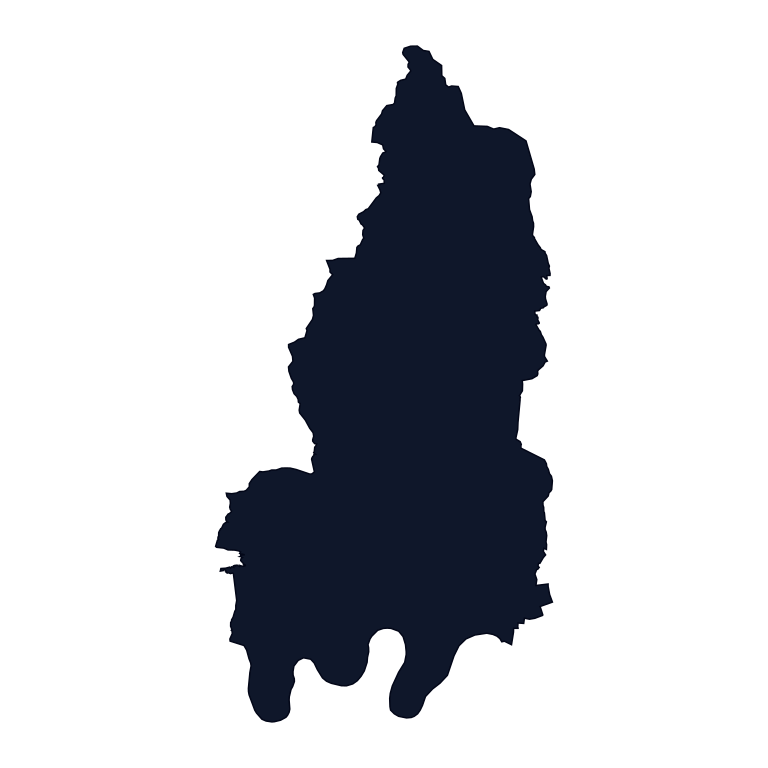 Gurasada, Hunedoara, Romania (orthographic projection)
{"feature_id": "2599482B26804986982160", "entity_name": "Gurasada", "entity_type": "district", "adm_level": 2, "iso_a3": "ROU", "parent_name": "Romania", "parent_adm1": "Hunedoara", "projection": "orthographic", "projection_center": [22.572, 45.999], "detail": "fine", "context": "isolated", "style": "filled", "palette": "ink", "viewbox_px": 768, "rotation_deg": 0, "n_neighbors": 0, "source": "geoboundaries", "source_scale": "gbopen_adm2", "svg_char_len": 6102}
<svg xmlns="http://www.w3.org/2000/svg" viewBox="0 0 768 768"><path d="M518.0,422.3L520.1,399.8L519.9,398.6L520.4,397.8L520.0,396.2L519.4,395.7L522.4,390.8L522.6,384.0L522.2,380.6L532.0,378.7L537.2,375.6L537.8,373.9L537.6,371.1L538.3,370.0L543.1,365.8L545.1,362.0L547.3,361.1L544.6,356.7L544.4,355.0L546.1,345.3L546.0,344.0L542.9,337.1L541.4,334.8L540.3,331.4L539.0,330.0L535.9,324.6L536.3,323.9L538.4,323.8L539.2,323.3L539.2,322.6L537.7,319.9L538.0,317.8L537.7,317.0L537.0,316.9L537.0,315.1L535.4,314.8L535.0,313.9L534.7,311.1L539.5,310.5L540.7,308.3L543.4,307.7L543.9,306.9L546.8,305.3L547.1,304.1L545.5,298.8L545.3,296.3L546.1,291.6L549.4,288.0L548.9,286.8L546.4,286.4L545.5,284.9L543.5,283.4L541.2,277.2L543.3,276.5L546.2,279.1L547.1,278.8L546.8,275.5L550.0,275.4L550.1,273.5L548.9,268.2L549.4,266.1L548.2,263.2L546.6,255.6L545.1,253.1L545.0,251.8L541.0,249.4L540.3,247.7L538.0,244.7L534.5,238.6L534.4,237.5L532.6,235.5L532.5,234.1L533.6,226.7L533.5,223.2L532.6,220.6L532.1,216.7L529.5,209.6L528.6,198.6L530.3,196.6L531.2,191.7L530.0,184.0L531.3,179.2L534.8,174.5L534.2,169.1L526.0,140.9L508.6,129.5L499.5,127.7L493.7,129.1L487.3,126.4L474.0,125.9L464.7,109.8L461.3,93.3L458.2,86.5L451.6,86.0L448.6,87.1L445.7,84.8L444.8,78.4L441.8,75.7L441.6,65.5L432.8,59.4L429.0,51.4L423.3,50.5L417.4,46.1L410.6,46.2L404.2,48.3L402.7,52.5L403.1,54.4L409.3,62.1L408.1,64.3L408.0,67.0L410.6,70.2L410.6,71.2L407.2,75.3L405.7,79.1L400.7,80.3L397.8,82.1L397.4,82.9L398.0,83.7L396.3,88.4L396.2,95.7L395.2,98.0L394.5,103.1L393.1,104.5L386.8,105.6L382.5,110.7L381.6,114.0L376.6,120.6L375.9,122.3L376.0,125.1L374.7,126.8L373.3,127.5L371.8,142.0L377.3,142.5L382.7,144.9L383.5,148.8L385.9,151.4L385.6,152.0L382.8,153.0L380.5,156.7L379.8,158.5L379.0,164.8L377.5,166.7L378.4,167.9L378.8,170.5L384.3,175.2L383.3,177.5L382.6,177.7L382.6,178.5L384.1,179.8L384.3,183.3L379.0,184.1L379.5,184.8L377.7,185.3L379.9,189.7L380.8,192.8L379.1,195.6L376.3,197.9L368.2,208.8L365.8,209.6L363.6,211.7L358.8,214.2L357.3,216.7L357.8,219.3L359.2,220.1L361.1,224.0L362.5,224.9L364.6,228.0L363.0,230.4L362.7,234.7L363.8,238.3L362.7,239.4L360.3,244.8L358.0,246.0L356.9,247.4L356.4,253.0L354.8,258.3L338.1,258.5L332.7,260.4L326.6,260.5L330.0,269.2L330.0,272.0L332.7,274.7L327.9,280.5L326.6,284.8L324.9,288.7L323.4,290.8L319.8,292.9L315.0,293.5L313.3,294.4L314.6,298.0L314.5,305.4L314.1,306.8L312.8,308.6L313.5,315.4L312.4,319.5L306.3,328.5L307.0,330.6L304.9,337.8L298.5,339.3L294.4,342.2L288.6,344.5L288.6,347.3L292.5,356.3L292.9,361.3L288.5,366.9L288.9,371.2L291.3,378.2L293.5,382.0L293.7,384.2L292.2,386.5L292.5,389.6L294.1,393.7L296.8,396.5L298.2,399.5L298.4,402.1L300.2,403.6L299.2,410.1L299.7,413.0L305.3,420.1L309.7,428.2L313.1,432.7L313.7,436.3L312.7,439.6L312.7,441.1L314.6,443.6L316.7,443.9L315.7,446.1L314.7,447.2L314.3,451.5L313.7,452.6L315.5,454.2L313.9,454.4L313.9,455.5L312.6,456.6L312.6,457.4L311.9,457.9L311.6,459.2L314.4,471.9L311.9,473.9L309.9,474.1L296.2,469.5L290.2,468.1L286.5,468.0L281.7,468.1L276.2,470.0L271.7,470.0L269.0,471.0L262.9,471.9L259.7,471.5L252.0,479.5L249.3,483.6L249.3,486.8L246.3,490.3L244.0,491.3L239.7,491.5L236.7,493.0L231.7,493.7L226.3,493.2L227.0,496.5L230.1,500.0L230.4,503.3L229.7,507.1L230.3,509.4L231.5,511.0L231.4,511.7L229.4,513.6L228.2,514.0L225.8,517.2L225.9,519.9L226.5,521.2L227.8,522.1L225.4,522.7L223.4,524.3L221.6,528.2L220.8,528.6L219.2,531.4L218.7,532.7L218.6,536.8L218.1,536.9L217.9,538.1L218.0,539.1L218.6,539.7L217.4,540.3L215.6,546.4L216.6,547.3L223.8,548.1L228.0,549.9L234.7,550.1L238.7,550.9L240.6,551.9L239.7,553.4L244.8,554.8L240.7,555.0L240.9,556.1L240.0,556.5L240.8,556.6L241.6,557.2L241.5,557.8L242.1,557.8L240.9,558.9L240.7,560.6L243.9,564.1L245.6,565.2L243.5,564.3L243.4,564.7L245.2,565.5L244.8,566.1L242.9,566.4L240.3,565.6L240.7,566.1L239.5,566.6L237.3,565.2L236.0,565.2L235.7,566.0L234.8,565.4L233.4,565.9L233.2,566.4L233.7,567.3L231.7,566.8L230.6,568.1L229.8,567.1L225.6,568.2L220.9,568.5L220.3,571.1L223.6,570.5L223.8,569.9L224.8,569.6L226.5,571.6L225.8,571.9L227.2,573.1L228.1,572.7L230.6,573.6L232.5,573.0L233.4,573.6L236.7,600.5L235.8,605.5L235.8,609.5L234.8,611.3L233.1,617.2L231.6,619.8L231.5,621.4L230.7,622.3L230.6,626.2L231.9,629.5L231.3,630.3L232.0,630.9L232.3,633.5L229.9,639.0L230.1,641.1L244.0,645.5L246.7,650.2L249.0,658.7L250.7,663.0L251.1,665.9L249.9,672.5L248.4,688.4L248.5,691.6L249.1,694.9L254.8,710.2L256.5,713.0L261.9,719.2L266.0,721.0L271.9,721.9L274.4,721.7L280.6,720.2L285.9,717.3L287.5,715.4L289.1,712.3L289.8,709.1L289.1,700.0L289.3,696.7L291.0,689.5L292.7,686.4L294.4,681.5L294.3,678.7L293.1,675.1L293.0,671.6L293.9,666.1L298.2,660.4L303.5,657.8L310.7,659.2L314.2,663.0L317.3,669.5L322.5,677.9L326.5,681.2L331.3,683.3L341.4,685.7L346.5,685.8L352.8,683.9L357.3,680.7L361.1,676.2L364.3,670.9L367.1,662.3L367.5,657.3L368.7,651.9L368.6,647.7L368.0,644.6L370.0,639.0L371.8,636.2L377.7,630.3L383.3,628.4L387.3,628.1L391.1,628.4L398.7,631.2L403.1,636.6L405.5,644.6L406.2,651.7L406.2,654.6L404.7,662.4L398.6,672.3L392.3,686.0L390.3,693.3L389.7,698.5L390.0,706.8L390.6,710.1L394.3,713.8L398.6,716.3L406.5,717.9L411.2,717.5L414.2,716.3L417.6,713.8L420.2,710.1L422.5,705.3L425.5,696.5L432.5,689.0L440.1,683.1L447.4,675.3L454.0,655.8L459.0,645.7L466.0,638.9L474.9,635.0L486.8,633.2L492.9,634.4L496.9,636.1L499.9,638.6L501.8,641.8L504.4,641.2L511.5,644.7L513.5,632.1L513.6,628.3L518.7,628.3L517.7,627.9L518.0,623.0L523.7,623.4L524.4,618.2L529.5,619.2L534.8,618.3L542.6,615.4L542.8,614.9L540.1,606.5L552.4,602.1L549.6,594.5L548.1,586.2L548.1,584.0L535.9,585.5L536.8,579.6L534.9,574.0L536.6,569.7L537.9,569.1L539.2,567.4L538.0,566.2L538.5,563.3L539.9,563.3L543.3,557.6L545.6,554.9L543.3,551.3L543.9,548.3L546.4,549.4L546.6,544.6L546.0,542.0L546.7,535.6L546.2,532.1L545.1,529.5L545.1,527.2L546.4,521.8L545.1,520.4L544.4,512.9L543.8,511.4L543.7,507.3L543.0,505.2L542.9,501.7L548.2,496.0L549.0,492.7L550.7,491.2L551.7,489.5L552.4,480.8L551.4,476.2L549.5,473.7L548.3,469.3L546.7,466.4L546.4,463.7L544.4,459.9L521.0,448.2L520.9,445.8L521.3,444.4L520.1,441.6L516.4,439.4L515.8,438.4L517.7,429.7L518.0,422.3Z" fill="#0f172a" stroke="#020617" stroke-width="1.5"/></svg>